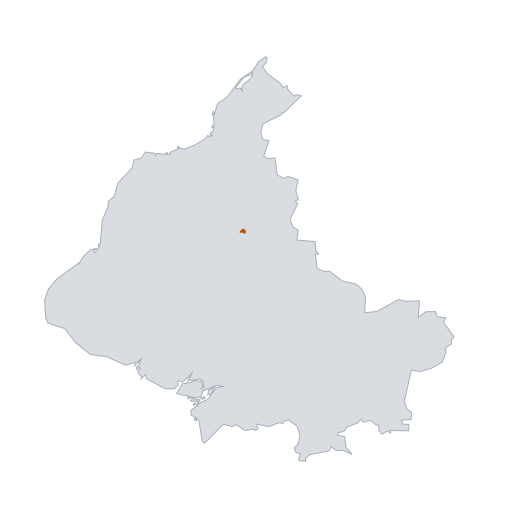 Ponte Branca, Mato Grosso, Brazil shown in context, rotated 186°
{"feature_id": "56859067B10686101824472", "entity_name": "Ponte Branca", "entity_type": "district", "adm_level": 2, "iso_a3": "BRA", "parent_name": "Brazil", "parent_adm1": "Mato Grosso", "projection": "albers", "projection_center": [-52.897, -16.67], "detail": "fine", "context": "in_parent", "style": "filled", "palette": "amber", "viewbox_px": 512, "rotation_deg": 186, "n_neighbors": 0, "source": "geoboundaries", "source_scale": "gbopen_adm2", "svg_char_len": 4697}
<svg xmlns="http://www.w3.org/2000/svg" viewBox="0 0 512 512"><g transform="rotate(186 256 256)"><path d="M118.7,100.4L124.8,104.5L131.9,101.9L134.4,104.7L138.1,100.2L147.7,95.5L149.6,91.3L155.8,88.8L156.2,86.2L148.9,85.7L146.4,75.1L139.7,68.7L148.4,71.6L155.9,71.0L161.4,74.2L162.8,69.9L181.6,64.0L185.6,60.3L185.2,57.1L190.9,56.7L192.6,58.2L191.1,63.7L196.1,65.0L197.9,69.3L194.6,72.9L193.4,81.8L197.3,91.0L206.3,96.2L210.1,95.3L211.9,92.2L215.3,92.8L225.2,87.6L238.0,88.9L236.0,85.0L237.9,82.3L240.4,83.4L248.7,81.4L258.1,86.1L262.0,83.7L270.9,85.4L287.6,64.4L290.2,66.6L295.6,86.1L298.4,89.1L303.9,90.9L304.4,95.9L295.0,105.2L289.2,108.2L281.5,121.1L274.1,122.9L281.9,123.3L293.3,116.8L295.4,125.2L298.5,127.8L310.3,125.1L306.7,134.4L311.4,127.0L316.9,122.8L319.5,124.1L320.8,122.8L319.8,119.4L323.5,115.3L332.7,114.6L352.1,122.5L353.3,126.2L356.2,123.7L360.6,126.7L361.7,129.9L359.3,132.0L360.3,133.1L362.8,131.1L363.3,133.2L361.0,135.2L359.3,141.5L362.4,139.0L364.9,134.3L365.1,137.8L374.0,133.7L394.2,140.3L410.4,140.7L425.8,150.5L438.7,163.8L455.7,167.4L458.6,172.2L461.6,190.3L458.9,201.7L451.3,212.8L431.5,230.6L431.6,229.0L427.6,237.6L421.4,244.9L418.6,245.9L416.9,242.3L415.2,243.9L412.2,252.0L412.6,275.9L408.4,289.4L408.5,295.0L403.2,300.3L401.0,314.0L388.4,330.7L387.5,338.6L380.5,341.4L376.8,347.8L367.9,347.6L366.2,345.0L365.4,347.7L351.6,347.8L352.2,350.1L343.3,355.2L338.4,354.9L329.7,359.2L318.7,367.2L316.5,371.1L314.7,369.6L313.9,371.3L311.5,370.5L314.6,372.9L312.0,375.4L311.1,379.8L312.8,389.4L310.2,403.5L301.1,411.3L289.9,430.4L279.5,439.0L279.3,436.1L286.7,432.6L293.2,422.2L293.4,420.3L289.1,421.4L286.5,418.0L287.8,421.4L286.6,425.3L280.2,431.6L278.1,436.7L278.7,439.5L273.9,449.2L267.3,455.3L265.8,454.4L265.8,449.6L269.5,445.2L263.6,438.4L250.5,430.7L246.5,426.4L242.8,428.8L242.4,425.7L234.9,419.0L231.4,420.9L227.7,420.0L243.4,401.2L245.3,401.3L245.0,399.5L262.7,388.2L264.2,378.9L261.0,372.3L255.2,372.3L258.7,356.4L254.9,354.0L247.3,355.6L243.4,339.0L237.0,336.2L232.3,338.3L222.0,336.2L223.3,325.3L219.8,316.7L222.7,314.6L220.0,312.3L225.9,296.1L222.4,288.8L216.7,286.1L216.9,276.1L198.5,276.6L197.5,268.3L194.0,264.5L197.1,264.3L194.2,250.8L188.3,247.9L181.0,248.5L167.6,240.2L153.6,238.6L147.5,234.1L142.9,226.8L141.9,210.8L129.8,213.6L109.6,227.7L103.2,226.6L88.7,228.4L88.3,212.0L81.6,218.2L71.9,219.5L69.3,214.6L60.7,214.4L62.7,209.8L50.4,196.1L53.1,193.3L52.3,189.2L58.3,184.0L56.9,180.3L59.6,170.0L70.0,162.6L80.8,158.2L89.7,158.7L93.2,126.7L90.1,120.0L85.0,116.7L84.6,109.5L94.3,107.9L92.3,104.1L86.4,104.5L85.8,98.1L104.1,96.5L103.7,93.8L106.7,96.0L112.3,91.9L115.7,95.8L116.5,100.9L118.7,100.4ZM300.4,108.6L320.6,110.8L315.6,121.8L311.9,121.9L311.2,123.8L308.3,122.8L305.0,125.6L297.4,125.5L294.8,119.9L296.7,118.6L294.4,116.5L296.1,110.2L300.4,108.6ZM283.1,121.8L286.3,113.9L289.5,112.8L289.2,117.7L283.1,121.8ZM306.0,104.9L304.1,107.8L299.5,107.0L300.2,105.1L306.0,104.9ZM299.2,101.5L298.3,107.5L296.4,106.9L299.2,101.5ZM309.2,108.7L306.3,109.0L305.0,108.5L308.6,106.8L309.2,108.7ZM296.0,108.7L293.0,110.7L291.8,109.6L294.0,107.9L296.0,108.7ZM301.5,103.5L300.2,102.3L302.6,101.1L302.8,102.3L301.5,103.5ZM300.2,88.1L298.4,88.3L298.1,86.1L299.7,86.0L300.2,88.1ZM313.3,395.2L312.8,393.3L314.0,391.5L314.4,392.0L313.3,395.2ZM344.9,354.5L345.3,356.7L343.4,356.2L344.9,354.5ZM312.7,381.2L311.9,380.0L313.1,378.8L313.5,379.3L312.7,381.2ZM362.0,137.6L360.7,139.9L362.1,136.7L362.0,137.6ZM417.6,246.2L415.6,246.7L417.0,245.0L417.6,246.2ZM356.5,348.9L354.6,349.5L354.3,349.1L355.5,348.1L356.5,348.9ZM414.1,250.2L413.3,251.5L412.9,250.6L414.1,250.2ZM357.3,121.8L357.4,123.0L356.8,122.8L357.3,121.8Z" fill="#d9dde1" stroke="#a8b0b8" stroke-width="1"/><path d="M271.4,280.9L271.5,280.9L271.6,280.7L271.8,280.5L272.0,280.5L272.1,280.4L272.2,280.5L272.3,280.5L272.3,280.4L272.4,280.2L272.5,280.2L272.7,279.9L272.8,279.9L273.0,279.8L273.0,279.7L273.0,279.4L272.9,279.4L273.0,279.4L273.2,279.2L273.3,279.1L273.4,278.9L273.2,278.8L273.2,278.7L273.3,278.7L273.2,278.6L273.3,278.5L273.2,278.5L273.2,278.4L273.0,278.5L272.9,278.6L272.7,278.7L272.6,278.8L272.4,278.7L272.4,278.8L272.2,278.9L271.9,278.9L271.7,278.8L271.4,278.8L271.2,278.8L271.2,278.7L271.2,278.4L270.9,278.3L270.8,278.2L270.7,278.2L270.4,278.2L270.2,278.3L270.2,278.2L269.9,278.1L269.9,277.9L269.7,277.9L269.7,278.0L269.4,278.0L269.2,278.1L268.9,278.0L269.4,278.5L269.7,278.9L269.8,278.9L269.7,279.0L269.8,279.2L269.8,279.3L269.7,279.4L269.8,279.4L269.8,279.5L270.0,279.6L270.4,279.8L270.5,279.9L270.5,280.0L270.4,280.0L270.5,280.1L270.6,280.3L270.8,280.3L271.0,280.4L271.0,280.5L271.1,280.4L271.2,280.5L271.3,280.5L271.3,280.8L271.4,280.9Z" fill="#f59e0b" stroke="#b45309" stroke-width="1.5"/></g></svg>